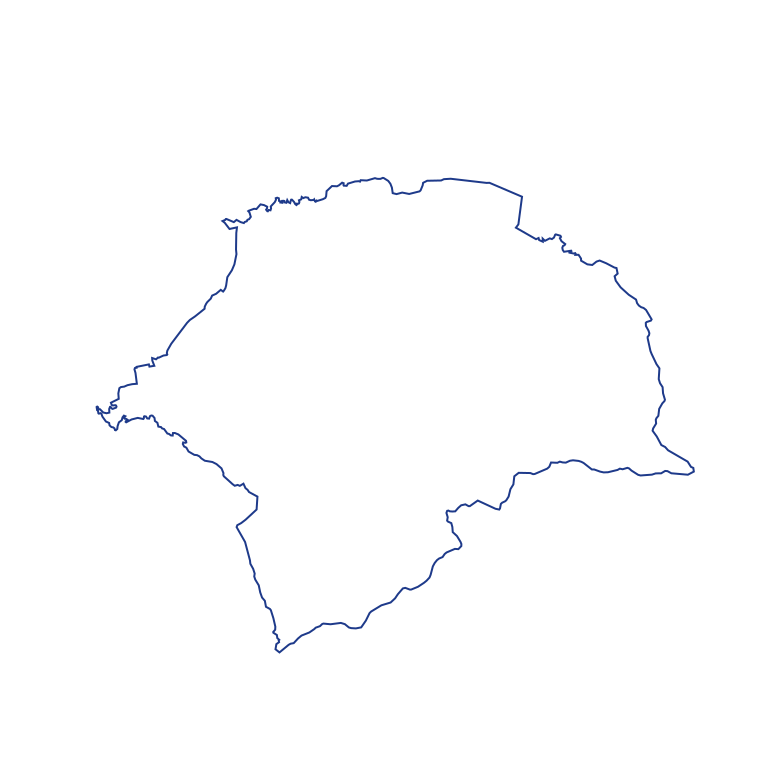 Salcia, Prahova, Romania, rotated 63°
{"feature_id": "2599482B25993621139303", "entity_name": "Salcia", "entity_type": "district", "adm_level": 2, "iso_a3": "ROU", "parent_name": "Romania", "parent_adm1": "Prahova", "projection": "robinson", "projection_center": [26.322, 45.187], "detail": "fine", "context": "isolated", "style": "outline", "palette": "blue", "viewbox_px": 768, "rotation_deg": 63, "n_neighbors": 0, "source": "geoboundaries", "source_scale": "gbopen_adm2", "svg_char_len": 6165}
<svg xmlns="http://www.w3.org/2000/svg" viewBox="0 0 768 768"><g transform="rotate(63 384 384)"><path d="M573.9,582.1L571.7,576.1L570.7,571.7L571.5,563.3L570.7,557.3L570.1,555.5L570.7,551.0L569.8,548.0L570.0,546.7L573.8,540.7L577.3,530.9L580.2,527.9L585.0,525.8L586.6,524.1L589.0,520.0L590.5,514.8L586.6,507.6L581.6,500.9L580.9,498.8L580.0,486.8L581.7,477.3L580.0,471.4L577.6,467.1L574.7,460.0L575.3,457.6L579.0,454.2L579.5,453.0L580.1,445.8L579.3,438.7L578.6,435.4L577.1,431.3L575.2,429.1L568.7,423.3L566.5,420.1L565.0,416.8L564.5,414.1L564.8,410.4L563.0,407.1L562.5,404.7L563.1,395.7L564.9,392.7L563.5,388.7L561.7,387.7L559.4,387.5L552.6,388.0L547.2,390.0L542.4,388.0L538.5,387.2L535.6,389.5L534.4,389.8L531.6,387.7L527.2,386.9L525.7,385.3L526.0,384.1L527.3,383.2L528.7,380.9L529.8,378.3L528.1,374.1L527.1,370.3L528.2,366.1L531.2,364.1L531.8,363.0L530.4,353.4L545.8,341.3L548.2,338.3L547.5,337.1L543.9,334.3L543.4,332.6L543.5,329.3L543.1,327.8L540.9,324.1L535.1,319.1L532.2,314.3L525.4,309.8L524.3,304.3L529.8,294.0L532.0,292.1L532.6,290.6L533.5,277.0L532.8,274.3L529.8,270.8L532.9,265.3L533.0,262.6L535.0,260.4L536.6,257.7L536.8,253.2L537.8,250.2L540.9,245.5L542.9,243.5L545.0,242.0L554.5,237.6L555.5,235.6L560.2,231.2L562.5,228.4L564.3,224.5L566.6,214.9L566.5,212.3L568.3,210.1L569.2,205.2L570.4,204.0L573.5,202.8L580.3,198.8L582.0,196.9L586.4,186.4L587.0,182.5L589.4,177.6L589.1,173.0L590.3,171.0L594.0,168.5L602.8,154.4L602.7,147.7L599.2,146.5L597.2,148.1L591.0,148.7L572.0,161.0L567.8,162.1L564.3,164.6L554.6,164.8L547.6,165.9L545.8,164.4L542.8,159.5L539.3,158.1L538.2,156.9L536.9,154.0L531.1,150.1L527.6,144.8L526.5,141.8L525.5,140.8L519.0,139.6L513.3,137.2L508.6,137.7L504.4,137.0L495.1,131.5L490.0,132.2L478.7,131.9L475.5,131.6L462.9,128.3L461.7,127.7L460.8,125.7L459.2,124.5L456.5,124.1L451.3,124.3L448.4,123.0L448.0,121.9L448.7,117.4L447.9,116.2L437.0,116.9L434.1,118.2L432.3,120.0L429.8,121.3L426.9,121.8L423.2,121.1L415.6,125.4L405.3,129.3L397.2,130.6L392.7,129.6L391.7,125.7L386.2,124.2L384.9,125.8L377.3,131.2L371.9,135.8L371.4,139.1L372.5,144.4L369.7,148.5L363.6,152.4L361.7,151.5L357.2,152.0L355.8,154.9L355.0,154.1L354.2,154.2L353.9,155.7L351.1,159.2L350.6,159.0L350.6,156.7L350.2,156.7L347.9,163.6L345.8,163.9L343.6,163.3L342.3,161.9L342.3,160.1L341.6,159.0L337.4,161.0L333.9,161.1L333.3,159.5L332.0,159.5L328.7,163.0L328.7,163.7L330.7,166.1L331.1,168.6L329.5,170.2L329.5,175.6L326.5,176.6L329.3,177.9L326.2,180.4L324.1,180.0L324.0,182.8L304.6,195.5L302.8,191.8L279.8,176.0L252.6,198.7L251.4,201.3L231.4,231.4L228.7,237.6L228.6,240.7L222.5,253.3L222.5,257.8L224.6,259.4L228.1,263.5L228.5,264.9L226.1,275.3L221.7,280.9L220.5,286.6L217.9,289.6L212.6,287.8L208.5,287.4L205.0,288.0L200.3,290.8L199.8,291.5L199.6,294.1L198.1,296.9L196.5,298.6L194.9,306.9L191.8,312.3L192.8,313.5L191.8,314.5L190.4,317.9L189.1,325.1L190.5,327.3L189.0,329.8L188.3,329.8L186.8,328.8L185.6,329.9L186.5,333.9L186.5,336.1L184.0,340.5L186.1,347.6L190.4,350.3L191.6,351.8L191.6,354.5L190.6,360.3L189.9,360.8L190.6,362.1L189.9,362.6L187.8,362.4L188.1,363.1L187.0,365.8L185.8,367.1L183.5,367.1L181.9,369.3L181.7,371.5L180.0,372.4L181.9,373.9L181.7,376.4L183.4,376.7L184.5,377.8L184.5,378.5L183.7,379.9L184.6,380.1L184.8,380.8L183.1,381.5L180.9,381.5L178.0,382.3L177.6,382.9L177.8,383.4L180.2,385.5L178.7,386.6L176.2,386.7L178.2,388.7L176.9,390.3L175.7,389.7L175.2,390.2L174.6,391.6L176.3,392.4L175.2,394.0L174.2,393.4L173.2,394.4L170.8,393.4L169.5,394.6L169.3,396.1L170.8,396.6L172.4,398.8L174.4,404.3L176.3,404.9L177.7,406.3L176.6,407.8L177.4,409.1L177.1,409.5L175.2,409.9L174.3,408.4L173.0,407.6L170.1,409.7L167.9,412.5L170.2,418.2L168.9,420.2L168.2,425.8L168.3,426.5L170.0,426.0L174.6,426.8L175.9,429.4L175.7,431.1L176.7,432.4L176.4,434.5L177.0,435.8L174.7,438.2L170.8,440.9L171.6,444.3L165.4,449.5L165.2,450.1L165.7,450.9L165.5,453.9L168.1,452.7L175.7,451.3L177.7,443.9L182.3,447.0L197.0,454.8L201.3,456.5L209.5,463.0L213.6,467.9L217.7,475.1L224.5,479.9L226.6,481.8L228.1,484.2L228.6,485.4L226.0,486.7L227.4,492.6L227.2,497.0L229.3,499.6L230.8,504.3L231.8,506.1L233.7,508.6L235.5,509.7L238.0,521.8L238.8,527.9L240.1,531.7L251.5,555.2L255.9,561.9L257.9,563.5L259.3,563.7L259.6,564.4L258.5,567.6L258.3,572.8L257.8,573.3L258.5,575.9L255.6,578.8L257.9,579.8L263.5,580.4L262.0,585.1L259.8,584.6L256.4,596.7L257.2,597.0L256.7,598.7L257.7,599.7L261.3,600.4L271.6,604.1L269.8,608.5L268.6,613.1L268.4,616.6L267.3,619.8L267.6,621.7L271.8,625.0L276.8,627.1L276.7,635.8L279.0,636.1L280.0,635.4L280.9,633.0L281.5,632.5L282.7,632.6L283.4,633.4L283.0,637.1L282.2,637.7L280.2,638.0L280.0,638.5L281.5,640.2L284.8,641.7L284.1,644.5L281.9,647.1L277.6,648.5L277.1,649.6L274.5,649.4L273.9,649.8L274.0,650.5L277.1,651.5L277.9,651.0L280.5,651.8L281.0,651.5L281.3,649.8L282.1,649.3L285.2,649.7L291.2,648.8L293.9,646.6L296.3,647.3L298.6,646.4L299.8,644.9L301.2,644.3L302.9,644.6L303.5,644.0L303.0,642.1L300.6,640.5L297.8,637.6L297.2,634.1L295.0,632.1L294.1,630.1L295.3,629.1L296.0,631.0L297.1,630.9L298.0,629.6L299.5,628.7L299.9,629.2L299.9,630.9L300.4,631.4L301.1,631.1L301.0,625.0L302.4,618.8L305.9,614.4L305.7,613.7L304.0,612.6L304.0,612.0L305.0,610.8L307.2,610.6L308.2,609.0L306.4,607.1L306.4,605.7L307.2,604.6L310.1,603.9L312.9,604.9L315.7,603.5L319.5,604.4L321.2,602.2L322.8,601.9L324.3,600.4L329.8,599.5L330.8,598.3L333.1,597.2L334.0,595.7L331.9,594.3L332.7,592.6L335.6,590.1L344.8,586.2L346.3,586.7L346.2,587.7L344.9,589.5L346.1,590.5L348.9,590.5L351.0,589.0L355.4,588.8L361.0,585.2L362.5,582.9L364.7,581.3L367.4,580.5L371.0,578.5L375.6,572.3L379.3,569.6L385.4,567.1L390.5,567.5L392.1,568.5L393.5,568.6L404.5,564.4L406.9,563.2L407.5,560.2L409.3,558.7L409.0,554.5L413.9,554.7L416.4,553.6L419.0,553.3L426.9,547.9L438.0,554.5L442.1,569.0L443.1,574.5L443.2,578.8L444.6,580.3L461.7,579.5L480.3,583.5L483.5,584.7L489.3,584.5L494.2,585.3L496.6,587.0L499.8,587.5L506.5,587.0L513.5,588.9L518.9,589.6L523.1,588.6L528.9,590.3L532.6,587.8L534.2,587.5L542.5,588.9L550.9,591.0L553.5,592.5L554.7,595.3L555.4,595.5L559.0,593.4L561.9,594.4L564.4,593.5L564.6,594.2L566.4,594.7L566.9,598.0L571.1,601.1L575.7,599.0L573.1,587.4L573.0,585.1L573.9,582.1Z" fill="none" stroke="#1e3a8a" stroke-width="2"/></g></svg>